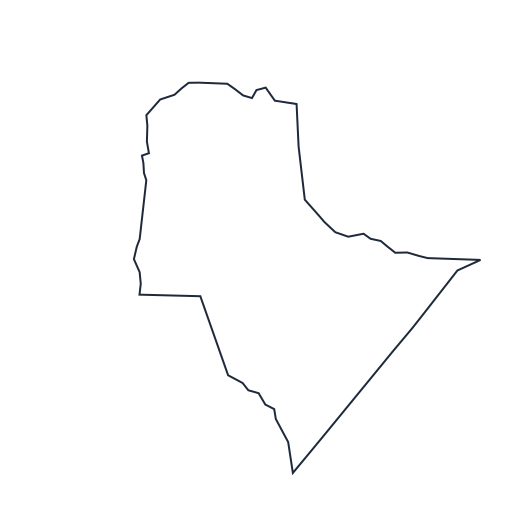 Santa Cruz da Baixa Verde, Pernambuco, Brazil, rotated 310°
{"feature_id": "56859067B75266900672705", "entity_name": "Santa Cruz da Baixa Verde", "entity_type": "district", "adm_level": 2, "iso_a3": "BRA", "parent_name": "Brazil", "parent_adm1": "Pernambuco", "projection": "robinson", "projection_center": [-38.169, -7.844], "detail": "fine", "context": "isolated", "style": "outline", "palette": "slate", "viewbox_px": 512, "rotation_deg": 310, "n_neighbors": 0, "source": "geoboundaries", "source_scale": "gbopen_adm2", "svg_char_len": 867}
<svg xmlns="http://www.w3.org/2000/svg" viewBox="0 0 512 512"><g transform="rotate(310 256 256)"><path d="M151.5,191.6L189.4,239.2L146.7,311.3L150.1,327.4L148.2,336.4L152.6,346.2L148.2,358.6L150.4,368.4L143.9,375.9L134.1,400.3L113.5,423.7L159.4,423.4L271.6,422.1L292.9,422.1L301.2,422.1L317.3,421.6L374.4,419.6L397.3,430.5L364.7,388.8L360.9,381.0L355.9,369.6L348.0,360.6L347.7,350.0L347.7,341.9L342.8,332.6L342.2,324.1L330.1,314.3L325.2,301.5L326.0,286.6L327.4,278.1L330.5,257.2L367.2,218.3L398.5,189.4L387.1,170.6L391.2,155.2L383.4,149.7L374.4,151.4L370.7,142.9L370.3,132.6L369.5,123.3L352.3,101.1L345.4,93.1L336.9,91.3L327.1,89.9L314.3,82.0L293.4,81.5L285.9,89.1L273.5,98.9L265.9,107.9L259.6,104.1L254.8,110.0L247.6,116.8L243.5,123.3L194.2,156.0L186.5,158.7L175.1,164.5L168.8,177.3L160.6,185.6L151.5,191.6Z" fill="none" stroke="#1e293b" stroke-width="2"/></g></svg>